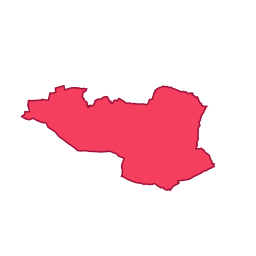 Topliceni, Buzau, Romania (Equal Earth projection), rotated 140°
{"feature_id": "2599482B88464222804785", "entity_name": "Topliceni", "entity_type": "district", "adm_level": 2, "iso_a3": "ROU", "parent_name": "Romania", "parent_adm1": "Buzau", "projection": "equal_earth", "projection_center": [26.955, 45.438], "detail": "fine", "context": "isolated", "style": "filled", "palette": "rose", "viewbox_px": 256, "rotation_deg": 140, "n_neighbors": 0, "source": "geoboundaries", "source_scale": "gbopen_adm2", "svg_char_len": 5534}
<svg xmlns="http://www.w3.org/2000/svg" viewBox="0 0 256 256"><g transform="rotate(140 128 128)"><path d="M190.0,209.9L189.9,209.5L190.1,209.3L189.9,209.3L191.2,207.4L192.2,205.1L192.9,203.8L194.5,204.9L195.3,205.7L196.4,206.8L197.9,205.2L198.3,205.1L199.5,204.8L200.7,205.3L202.1,205.0L201.3,203.0L200.3,200.2L198.4,197.9L194.9,196.6L193.8,195.1L192.9,192.3L192.0,190.7L191.1,188.9L189.5,186.5L187.9,185.2L187.5,184.0L188.1,181.8L188.7,180.6L188.4,178.7L186.9,174.1L186.2,171.5L186.2,170.9L186.4,167.8L186.4,166.8L186.1,164.8L184.9,160.2L183.7,154.3L182.9,152.0L181.6,146.5L181.2,143.4L179.5,141.3L175.2,138.0L173.3,135.8L171.5,133.9L168.6,131.4L165.5,128.4L164.2,127.1L159.4,123.6L158.3,123.0L156.6,121.3L155.7,120.2L155.6,119.3L153.4,115.8L153.2,112.1L152.1,110.4L150.6,107.6L150.9,107.0L156.4,103.8L157.0,103.3L157.4,102.7L158.1,102.0L158.4,101.5L158.9,100.1L159.8,98.7L162.3,96.3L163.0,95.8L162.9,95.7L163.0,95.5L164.0,95.2L162.6,92.8L161.8,90.1L161.5,89.2L161.1,88.5L158.8,84.1L157.7,82.3L156.8,80.8L155.9,79.9L153.7,77.4L152.0,74.7L149.8,73.2L149.2,72.3L147.8,70.9L146.6,70.1L145.8,69.3L143.8,68.6L143.4,68.3L142.9,67.4L142.5,64.7L142.0,63.6L141.5,61.6L141.4,61.3L139.4,59.6L139.5,58.2L139.3,57.6L138.2,55.5L137.8,55.1L137.1,54.7L136.8,54.6L135.5,54.6L135.4,54.5L135.3,54.4L135.3,54.1L135.6,53.2L131.5,54.2L130.8,54.3L129.1,54.0L127.2,53.5L124.3,53.0L124.2,53.4L124.4,53.7L124.4,54.1L124.6,54.3L124.6,54.5L124.4,54.5L124.3,54.8L124.0,55.1L123.9,55.5L119.0,52.2L115.6,50.3L114.2,49.4L109.0,48.5L106.2,47.9L101.3,46.6L100.1,46.4L99.7,46.5L98.8,46.2L97.3,46.1L96.5,45.7L95.9,45.2L93.4,44.8L92.5,44.5L92.5,44.8L91.5,44.6L91.0,44.4L90.1,43.9L88.1,43.5L87.0,43.1L86.8,43.2L86.7,43.3L86.5,43.9L86.4,44.0L86.2,44.2L86.2,44.8L85.9,45.0L85.5,45.0L85.1,45.2L85.2,45.5L85.4,45.8L85.9,45.8L86.2,46.3L86.5,46.7L86.4,46.8L85.6,48.0L85.3,48.1L85.3,48.3L85.2,48.6L85.2,49.8L84.8,51.2L84.6,51.4L84.5,51.9L84.7,52.5L83.9,53.2L83.5,53.8L83.4,54.9L83.5,55.7L83.6,56.2L83.5,56.3L83.7,56.8L83.7,57.5L83.9,57.9L84.0,58.1L84.3,58.3L84.4,61.0L84.4,61.8L84.2,62.3L84.3,62.3L84.7,64.1L84.7,65.2L86.8,66.3L88.9,67.8L89.3,68.6L87.5,69.4L86.2,70.1L85.9,70.4L85.7,71.0L85.4,71.6L84.9,71.9L85.1,72.3L84.8,72.6L84.2,72.8L83.8,73.1L83.5,73.1L82.4,73.8L81.8,74.0L81.3,74.3L81.2,74.9L80.4,75.5L80.2,75.8L80.1,76.4L79.9,76.7L78.6,77.7L78.3,78.1L77.4,79.4L77.2,79.7L76.4,80.1L76.1,80.5L75.7,80.9L75.3,81.7L74.8,82.3L73.9,82.8L73.1,83.2L72.3,83.6L71.7,83.8L71.4,83.7L71.4,84.1L70.7,84.9L70.6,85.3L70.2,85.9L70.0,86.4L69.6,86.9L69.1,87.0L68.4,87.3L67.8,87.3L66.8,88.3L65.7,88.8L64.8,89.6L64.0,90.0L63.0,90.6L62.7,90.7L61.8,90.8L61.3,91.0L60.4,91.2L57.9,92.5L56.9,92.8L56.0,93.3L55.5,93.4L54.5,94.0L53.9,94.0L54.5,94.6L55.1,94.8L55.5,95.6L56.2,96.3L56.8,97.5L56.9,97.8L56.9,98.2L56.1,99.2L56.1,99.3L56.1,99.5L56.6,100.4L56.7,100.7L56.4,101.7L56.3,102.6L55.7,104.5L55.5,105.5L54.9,106.8L54.9,107.3L56.4,107.4L56.2,107.9L56.3,108.5L56.9,111.1L57.5,112.0L56.0,112.7L56.5,113.2L56.8,113.7L56.9,114.1L57.2,114.4L59.1,115.2L59.6,115.8L59.8,116.3L60.2,117.0L60.3,117.2L60.1,117.8L60.6,118.5L60.7,118.8L61.4,119.4L62.0,120.2L63.8,121.5L64.3,122.1L64.5,122.8L64.9,123.1L65.1,123.9L65.5,124.4L65.7,125.0L65.9,125.3L66.4,126.5L67.0,127.6L67.4,128.0L67.5,128.3L68.1,129.1L68.7,130.8L68.8,131.5L69.5,131.9L70.1,132.4L70.4,132.5L70.5,132.6L70.8,133.0L70.8,133.4L71.1,134.3L71.5,134.6L72.5,135.4L73.9,136.6L74.1,137.5L75.6,137.7L76.8,138.0L78.1,138.8L79.0,138.9L79.4,139.1L80.0,139.2L81.0,139.3L81.6,139.0L81.9,139.2L83.3,139.4L83.5,138.8L83.5,138.3L84.1,138.0L84.7,138.2L85.5,138.1L86.0,137.9L86.1,137.6L87.3,137.0L87.7,136.5L88.7,135.9L89.6,135.5L90.4,134.7L90.9,134.6L91.5,134.8L92.2,135.3L92.6,135.6L93.5,135.9L94.3,135.3L94.8,135.2L95.0,135.0L96.1,134.2L98.1,133.6L98.6,133.8L99.4,134.9L100.2,135.6L100.9,136.6L101.3,137.0L103.0,138.1L103.5,138.8L103.8,139.0L105.1,140.1L105.7,140.6L107.4,142.7L108.3,143.3L109.0,143.6L110.0,144.9L110.3,145.5L111.3,146.6L113.0,147.8L113.3,148.1L113.5,148.5L114.0,150.2L114.0,150.3L113.9,150.5L114.1,151.6L114.6,152.4L114.9,153.5L115.0,153.9L115.1,154.1L115.2,154.8L116.0,156.5L116.5,156.5L116.7,156.4L117.9,155.9L119.0,155.7L119.5,157.1L119.8,157.5L121.0,158.0L123.8,157.1L124.4,156.9L124.7,157.9L124.9,158.7L124.0,159.1L124.8,161.1L124.8,161.3L124.5,161.8L124.3,163.1L123.8,164.9L124.7,166.3L127.8,167.6L128.0,167.6L128.9,167.1L129.3,167.4L130.3,167.7L130.7,167.7L131.3,168.4L132.4,169.3L132.7,169.3L132.9,169.3L133.5,169.7L133.8,169.6L134.6,169.9L135.9,170.0L136.1,169.9L136.4,169.3L136.7,169.0L138.9,168.3L138.9,168.2L140.1,168.0L140.7,167.7L141.6,168.0L141.8,168.3L142.2,168.6L142.1,168.8L142.4,168.9L142.3,169.0L142.6,169.1L142.7,169.3L142.6,169.5L142.9,169.8L142.8,170.0L143.6,170.3L144.0,170.4L144.3,170.3L144.4,170.0L144.4,169.5L144.7,169.6L144.9,169.5L145.0,169.2L145.3,169.6L145.1,171.1L144.8,171.3L144.5,171.8L143.2,173.2L143.2,174.1L143.1,174.8L143.0,175.1L143.4,175.3L143.8,177.6L143.6,177.9L142.8,178.6L142.9,179.1L143.1,181.2L140.6,183.1L140.1,183.6L139.4,184.1L139.0,184.1L137.1,183.4L136.9,183.4L136.4,183.5L135.6,184.1L134.6,184.4L136.8,187.1L137.7,187.3L138.2,187.7L139.9,190.1L141.9,192.2L145.1,194.8L146.0,195.3L152.0,198.0L149.9,201.6L158.1,205.2L160.2,201.8L164.1,203.6L164.6,204.1L165.2,204.9L171.1,200.5L173.8,203.2L175.6,205.3L175.7,205.2L176.3,204.7L177.4,205.7L182.0,209.3L183.7,210.3L183.9,210.5L184.2,210.7L184.3,210.6L184.5,210.8L184.4,211.0L184.9,211.3L185.1,211.7L186.5,212.9L186.9,212.5L187.7,212.1L188.0,211.6L188.6,211.0L189.3,210.5L190.0,209.9Z" fill="#f43f5e" stroke="#9f1239" stroke-width="1.5"/></g></svg>